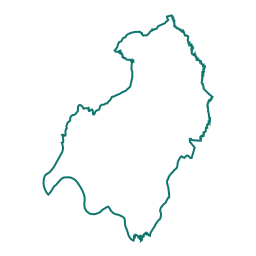 Santa Bárbara De Pinto, Magdalena, Colombia (Equal Earth projection)
{"feature_id": "7082276B88676638164963", "entity_name": "Santa Bárbara De Pinto", "entity_type": "district", "adm_level": 2, "iso_a3": "COL", "parent_name": "Colombia", "parent_adm1": "Magdalena", "projection": "equal_earth", "projection_center": [-74.604, 9.526], "detail": "fine", "context": "isolated", "style": "outline", "palette": "teal", "viewbox_px": 256, "rotation_deg": 0, "n_neighbors": 0, "source": "geoboundaries", "source_scale": "gbopen_adm2", "svg_char_len": 5777}
<svg xmlns="http://www.w3.org/2000/svg" viewBox="0 0 256 256"><path d="M48.3,194.6L50.8,191.8L53.9,186.6L56.5,184.4L60.7,179.5L62.9,177.8L64.6,177.4L69.8,177.3L72.7,178.4L74.9,179.7L77.2,182.1L79.9,186.2L82.7,191.2L84.1,195.1L84.6,197.3L84.7,199.6L84.3,204.4L84.7,207.9L86.3,211.0L88.7,213.0L90.0,213.7L91.1,214.0L93.9,214.2L95.4,214.1L99.9,212.3L102.9,209.5L107.3,206.9L108.3,206.7L108.9,207.3L111.1,210.9L112.9,212.8L115.3,214.1L118.7,214.9L122.2,216.5L124.1,218.0L124.8,220.0L125.0,224.0L125.4,226.2L127.3,230.9L128.2,234.4L129.6,237.3L131.0,239.1L132.0,239.9L133.5,240.6L133.9,239.0L134.0,236.3L134.1,236.0L135.0,236.8L135.2,234.7L136.0,234.8L137.4,235.8L138.2,236.6L138.4,237.6L139.4,238.0L139.6,238.6L140.1,238.2L140.1,238.8L140.6,239.7L141.2,240.0L141.1,240.6L142.2,239.7L142.0,238.7L140.9,237.9L140.6,236.7L139.7,236.3L139.8,235.8L140.8,235.8L142.2,236.9L142.9,236.8L143.0,236.5L143.5,236.7L143.9,236.0L143.5,234.7L145.0,233.5L145.0,233.8L146.2,234.4L147.0,233.0L148.8,235.4L150.0,235.7L150.0,234.4L150.9,232.2L155.0,225.7L155.8,223.8L158.6,220.2L160.0,219.0L160.5,217.8L160.9,215.6L161.0,213.6L160.1,210.9L160.7,208.0L163.6,204.3L165.4,203.0L167.9,198.1L169.1,197.5L169.2,196.0L168.8,191.3L168.6,190.7L168.4,187.9L167.4,184.4L167.0,181.8L167.3,180.1L168.1,179.1L168.5,177.5L169.8,175.2L172.2,172.4L173.0,171.9L174.0,170.2L175.4,169.3L177.0,167.5L177.4,165.6L177.6,163.3L178.3,160.8L180.6,156.9L181.6,156.4L184.2,157.9L186.6,155.7L187.3,155.5L188.7,156.2L189.0,156.8L190.5,158.0L191.6,158.0L194.7,147.6L189.9,141.8L189.8,138.9L191.0,138.8L192.0,140.2L200.6,140.7L200.3,139.9L201.0,139.3L201.1,138.9L200.9,138.6L200.4,138.4L200.3,136.9L201.3,136.0L201.6,136.5L202.1,136.0L202.7,136.4L203.3,136.0L203.3,135.5L203.6,135.5L203.3,134.6L203.5,132.9L204.0,133.3L204.3,132.3L205.2,131.3L205.5,131.5L205.7,131.2L205.9,127.9L206.7,127.4L206.6,128.1L207.3,127.8L206.7,126.7L207.1,124.9L207.8,124.8L207.7,124.1L208.7,123.2L208.7,122.6L209.2,123.2L209.1,122.3L209.7,122.3L209.9,121.7L210.0,120.8L209.4,120.6L209.9,119.5L209.4,118.9L209.9,118.7L210.1,117.9L208.9,116.5L209.0,114.9L208.5,112.8L208.6,112.2L208.0,111.5L208.3,110.3L208.1,109.9L208.0,108.0L207.7,107.8L207.9,107.0L207.4,106.6L207.4,105.4L207.7,104.9L207.5,104.4L207.8,103.9L207.8,103.1L208.5,102.5L208.4,101.5L209.0,100.3L209.9,100.7L210.1,100.0L210.7,100.1L210.8,99.2L211.3,99.1L211.3,98.3L211.8,98.2L212.5,97.0L208.9,94.0L203.5,88.6L203.6,86.5L202.7,85.1L202.8,83.9L202.1,83.6L201.6,82.7L202.3,79.3L202.0,79.0L202.6,77.7L202.2,77.0L202.4,76.4L202.2,75.6L202.8,75.5L202.4,75.1L202.9,74.8L202.6,74.5L203.1,73.5L202.5,73.9L202.4,73.0L203.0,73.1L203.0,72.7L202.3,72.1L202.7,71.8L202.6,71.1L202.8,71.4L203.4,70.9L203.2,70.7L203.7,69.9L203.3,69.6L203.3,69.0L204.0,69.1L204.5,68.3L204.3,67.6L204.8,67.2L204.9,66.3L203.8,66.1L203.6,65.0L202.9,65.6L202.9,64.8L202.1,63.9L201.4,63.9L200.9,61.3L200.4,61.2L200.0,61.8L199.6,60.4L197.8,60.1L198.1,59.9L198.1,58.9L197.6,59.1L197.3,58.5L196.5,58.7L196.4,57.4L196.0,57.3L196.2,56.9L195.8,56.8L195.5,55.4L195.2,55.5L195.1,55.1L194.6,55.6L194.8,55.0L194.0,55.1L194.3,53.8L193.6,54.4L192.4,54.3L192.0,53.9L191.6,52.0L192.0,51.4L191.5,50.2L192.2,49.7L191.5,49.1L192.2,48.7L191.7,48.5L191.9,48.0L191.8,47.6L192.4,47.3L191.8,46.9L192.3,46.4L191.8,46.2L191.6,45.3L191.1,45.9L190.8,45.7L191.0,44.4L190.0,44.3L189.4,44.9L189.4,44.4L189.0,43.7L189.2,43.1L188.6,43.4L188.3,42.5L188.4,41.6L187.8,40.8L187.9,40.3L187.7,39.8L188.0,39.0L188.2,36.6L187.6,36.4L187.4,36.2L187.4,35.8L186.1,35.3L185.1,35.6L184.4,33.7L184.1,33.5L184.0,32.3L183.0,31.9L183.4,31.3L183.2,30.8L182.9,31.1L182.5,30.8L182.3,31.5L182.0,31.7L181.4,30.8L180.7,30.6L180.6,29.9L180.3,30.1L179.6,29.8L179.3,29.0L178.8,28.6L177.2,28.6L177.0,27.9L176.0,27.0L175.5,27.2L175.4,26.5L174.6,26.2L174.6,25.6L174.2,25.6L174.5,23.9L174.3,22.8L173.8,22.1L174.2,21.6L173.8,21.1L174.1,20.7L173.6,20.6L173.7,19.6L173.6,19.2L173.5,19.5L172.9,19.2L173.2,18.3L173.0,18.1L172.7,18.5L172.1,17.1L172.1,15.9L171.7,15.4L166.9,16.6L167.1,17.7L168.2,20.1L167.5,20.8L166.1,21.7L165.4,22.7L164.3,23.5L158.2,26.1L156.6,28.7L155.4,28.9L152.5,30.3L152.5,29.4L152.2,29.4L152.3,30.4L151.4,30.7L150.1,31.7L148.9,33.5L147.9,34.3L147.1,35.3L144.2,35.3L143.2,35.6L142.0,34.2L142.0,33.7L141.5,33.3L141.6,32.9L140.5,32.5L139.8,31.7L138.6,32.0L138.4,31.8L135.5,31.9L131.8,32.6L128.0,34.1L126.0,35.9L125.5,37.2L123.3,37.9L121.9,40.0L121.4,41.2L119.2,42.1L117.8,44.8L117.5,46.6L116.3,48.5L114.8,50.3L115.1,50.4L115.3,51.4L115.9,51.8L118.1,51.7L118.9,52.3L119.2,51.9L119.3,50.9L120.5,50.6L120.6,51.0L120.1,53.4L120.5,53.6L120.8,52.4L121.6,53.1L121.9,54.2L122.6,55.2L122.3,56.0L122.4,56.8L122.9,56.8L123.0,57.4L123.6,58.1L124.2,58.2L124.5,57.8L125.4,58.1L126.2,59.3L127.6,59.9L130.7,59.7L131.1,60.1L130.9,60.9L131.2,61.3L131.7,60.1L132.5,59.6L133.5,60.9L133.4,61.9L132.5,62.3L131.7,63.6L131.5,68.7L131.6,70.1L132.3,71.7L132.3,77.4L130.1,86.8L125.1,91.2L122.8,91.9L120.0,93.7L115.4,95.6L114.3,96.4L112.0,96.8L110.0,100.4L108.3,101.7L107.2,103.4L105.4,103.6L104.0,104.6L101.8,104.8L100.8,105.5L100.1,106.5L99.3,109.1L98.9,109.7L96.1,110.8L95.2,112.0L94.5,113.8L93.8,114.5L93.2,114.3L92.7,110.7L92.1,109.5L91.1,109.8L89.8,110.8L88.9,111.0L88.6,110.3L88.8,108.2L88.5,107.8L86.7,108.4L85.4,108.2L83.5,108.7L82.3,106.5L80.9,105.3L79.7,105.0L78.7,105.5L78.0,107.0L77.9,108.6L78.1,110.3L77.8,111.1L75.4,114.1L73.9,115.0L72.5,115.1L71.2,116.2L70.3,117.6L70.1,120.8L68.2,122.1L67.4,123.2L66.4,126.3L66.8,128.3L65.9,129.3L65.4,131.7L65.6,134.4L65.5,135.4L65.3,135.7L64.8,135.7L63.3,134.8L62.1,134.8L62.8,136.4L63.1,138.7L63.3,141.9L63.1,142.3L61.8,142.7L62.5,144.8L63.0,147.5L62.9,149.5L62.2,152.0L54.1,166.6L51.5,170.1L49.1,172.7L46.9,173.8L45.7,174.8L44.7,176.2L43.8,178.9L43.5,183.2L44.0,186.9L45.4,190.4L47.1,193.4L48.3,194.6Z" fill="none" stroke="#0f766e" stroke-width="2"/></svg>